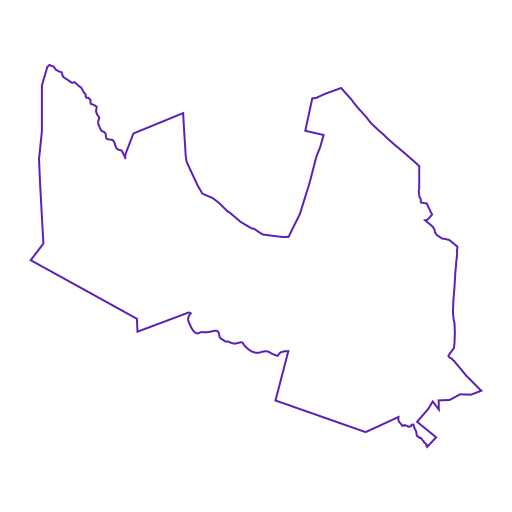 La Compañía, Oaxaca, Mexico (Robinson projection)
{"feature_id": "50627088B41446302433754", "entity_name": "La Compañía", "entity_type": "district", "adm_level": 2, "iso_a3": "MEX", "parent_name": "Mexico", "parent_adm1": "Oaxaca", "projection": "robinson", "projection_center": [-96.841, 16.58], "detail": "fine", "context": "isolated", "style": "outline", "palette": "violet", "viewbox_px": 512, "rotation_deg": 0, "n_neighbors": 0, "source": "geoboundaries", "source_scale": "gbopen_adm2", "svg_char_len": 4180}
<svg xmlns="http://www.w3.org/2000/svg" viewBox="0 0 512 512"><path d="M457.3,246.6L449.3,240.0L444.5,238.8L442.2,238.6L436.9,235.1L435.0,232.3L434.5,229.7L434.3,229.1L433.3,227.6L432.6,226.6L430.0,224.3L425.0,220.3L427.6,219.6L432.1,214.6L429.5,209.5L426.8,203.5L421.0,202.5L420.8,201.1L420.7,199.2L420.4,198.3L419.3,196.5L419.0,192.6L418.7,191.3L419.2,188.2L419.2,186.3L419.2,181.9L419.2,174.8L419.2,166.0L417.0,164.0L414.9,162.1L411.8,159.4L402.8,151.6L397.2,146.9L396.8,146.6L395.1,145.2L394.8,144.9L393.9,144.1L390.9,141.5L390.1,140.7L386.8,137.8L384.7,135.7L383.4,134.5L379.2,130.9L376.2,128.0L372.8,124.9L372.1,124.1L371.3,123.4L370.1,122.0L368.3,119.8L366.2,116.9L360.3,110.5L358.0,107.9L356.4,106.0L353.2,102.1L353.1,101.9L352.0,100.2L341.1,88.0L332.6,91.1L325.1,93.8L315.8,98.1L312.3,98.3L305.3,130.7L305.3,130.8L323.6,135.0L320.3,146.8L316.3,156.9L309.6,182.8L299.8,214.2L288.5,236.9L282.6,237.0L271.2,235.6L262.6,234.5L254.2,228.9L251.2,228.2L240.5,221.8L229.4,212.3L227.7,211.5L218.9,202.8L212.4,197.9L207.5,195.9L202.3,193.6L197.4,185.0L188.3,165.4L186.6,161.7L185.7,155.7L185.1,145.9L183.8,125.2L183.1,113.1L133.4,133.5L125.9,153.0L125.6,154.2L125.2,155.8L125.3,159.1L125.1,157.3L121.7,150.6L118.2,149.6L117.9,149.4L117.7,149.3L116.7,148.5L115.7,146.8L114.6,143.0L113.2,140.5L112.2,139.8L111.0,139.7L107.3,139.2L106.0,137.6L105.9,136.4L105.7,134.2L105.2,132.9L103.9,131.9L101.7,131.0L100.2,128.8L99.2,126.0L98.3,124.4L98.2,121.1L99.3,117.7L97.0,114.2L96.0,111.3L96.4,109.1L96.7,106.7L94.3,105.2L94.0,105.0L90.9,103.8L90.4,102.7L90.7,101.1L90.6,100.3L89.5,99.2L89.6,98.7L88.4,97.8L86.3,97.8L85.6,96.2L85.7,94.6L85.5,94.1L83.9,92.7L83.1,90.9L81.1,87.6L80.4,87.1L78.7,85.9L74.6,82.2L72.1,82.9L63.3,77.0L62.3,74.7L61.6,72.5L60.9,71.9L59.4,71.6L56.3,70.0L55.5,69.3L53.8,66.7L49.4,65.0L47.3,67.0L41.9,85.5L41.9,131.2L39.0,159.1L40.1,184.0L43.4,243.6L30.7,260.2L55.2,273.7L136.9,318.8L137.5,331.7L188.6,312.5L190.7,313.3L189.4,315.2L188.8,316.2L188.2,317.9L188.1,319.8L188.7,321.9L190.1,324.9L191.0,327.1L192.2,329.1L193.1,330.5L194.3,331.8L195.3,332.7L196.6,333.2L197.7,333.5L199.2,332.9L201.2,332.1L203.1,332.1L204.7,332.3L207.3,332.2L209.5,331.8L212.1,331.4L214.3,330.8L215.9,330.7L217.4,331.0L218.1,331.8L219.0,333.3L219.5,336.6L220.2,338.0L221.6,339.1L223.7,340.2L224.9,341.3L226.1,341.6L228.5,341.6L230.2,342.5L231.5,342.9L232.6,343.3L234.4,343.6L236.0,343.5L237.4,343.1L239.1,342.7L241.0,342.3L242.3,342.5L243.4,343.7L243.9,345.0L245.7,346.8L246.9,348.0L248.3,349.2L249.8,350.3L251.6,351.4L253.3,352.0L254.8,352.5L256.3,352.8L258.1,352.8L259.9,352.5L261.4,352.0L263.4,351.5L265.0,351.3L266.5,351.3L267.8,351.5L269.2,352.0L270.3,352.8L271.6,353.6L273.0,354.2L273.9,354.5L275.0,355.0L275.8,355.3L276.6,355.6L277.5,355.8L278.3,355.1L278.8,354.2L279.6,353.2L280.6,352.4L282.5,351.8L284.3,351.3L286.2,351.2L287.8,351.3L288.3,351.2L275.5,400.5L365.6,432.1L388.5,421.6L397.9,417.2L398.5,417.0L398.3,418.8L398.5,420.4L398.8,421.4L399.5,422.3L400.0,422.9L401.2,424.3L401.8,425.2L402.2,425.9L403.0,425.6L404.1,425.7L404.4,425.1L405.9,425.4L406.6,425.8L407.9,426.2L408.4,426.8L409.5,426.6L410.4,426.4L411.1,426.2L411.3,425.4L411.9,424.8L412.5,424.5L412.9,424.4L413.4,424.6L413.8,425.7L414.1,426.9L414.6,428.5L415.3,429.7L415.8,430.6L416.4,432.8L416.7,434.5L416.7,435.4L417.3,436.3L418.2,436.6L418.7,436.8L419.3,437.8L419.9,438.0L421.0,438.0L421.9,439.4L422.6,440.3L423.7,441.2L424.2,442.6L425.6,443.5L426.5,444.6L426.8,445.0L426.3,445.5L427.1,447.0L436.1,437.3L417.1,421.8L428.5,408.6L432.7,401.5L438.8,409.5L438.7,400.4L449.6,400.0L460.1,394.3L470.9,394.7L481.3,390.7L478.0,387.5L470.2,379.6L469.5,378.9L466.5,376.0L455.1,362.2L454.3,361.2L454.1,360.9L453.2,360.3L451.9,358.9L451.3,358.4L449.2,357.3L448.4,355.7L449.5,354.2L450.5,352.7L452.2,350.5L453.9,348.1L454.2,345.8L454.5,343.2L454.5,342.9L454.6,339.7L454.9,332.5L454.6,326.3L454.5,323.3L453.6,319.3L453.4,317.1L453.0,313.5L453.0,309.5L453.3,302.8L453.3,301.1L454.3,289.7L454.7,284.1L454.8,280.6L454.9,279.8L455.1,277.8L455.2,275.5L455.1,275.3L455.6,269.4L455.9,267.0L456.1,264.7L456.2,261.8L456.7,258.6L457.1,254.4L457.0,251.5L457.1,249.5L457.4,247.3L457.3,246.6Z" fill="none" stroke="#5b21b6" stroke-width="2"/></svg>